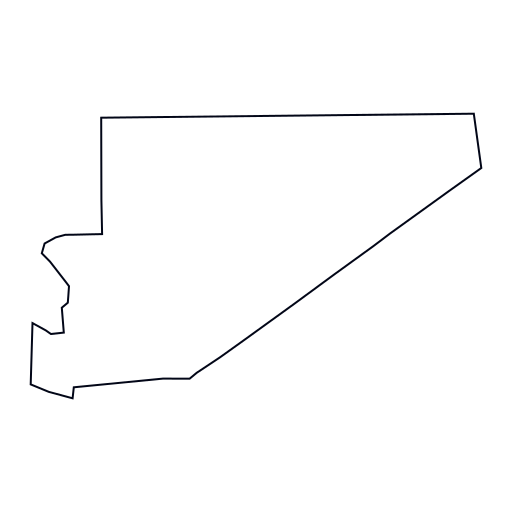 Zoueratt, Tiris Zemmour, Mauritania (orthographic projection)
{"feature_id": "47542326B94085620874331", "entity_name": "Zoueratt", "entity_type": "district", "adm_level": 2, "iso_a3": "MRT", "parent_name": "Mauritania", "parent_adm1": "Tiris Zemmour", "projection": "orthographic", "projection_center": [-11.264, 23.151], "detail": "fine", "context": "isolated", "style": "outline", "palette": "ink", "viewbox_px": 512, "rotation_deg": 0, "n_neighbors": 0, "source": "geoboundaries", "source_scale": "gbopen_adm2", "svg_char_len": 550}
<svg xmlns="http://www.w3.org/2000/svg" viewBox="0 0 512 512"><path d="M72.6,398.3L73.8,387.3L163.0,378.6L189.6,378.7L196.7,372.8L219.9,357.4L245.6,339.0L295.8,302.7L306.4,294.9L334.7,274.1L373.8,245.8L390.2,233.4L449.3,190.8L481.3,168.0L473.8,113.7L101.2,117.7L101.4,200.1L102.1,234.1L91.4,234.3L74.3,234.7L65.3,234.8L55.7,237.4L44.6,243.5L41.8,253.3L50.0,261.6L66.6,283.0L69.0,286.2L68.3,296.3L67.8,302.7L61.8,307.7L63.8,332.6L50.9,334.0L45.8,330.4L32.5,323.1L30.7,384.4L48.9,391.9L72.6,398.3Z" fill="none" stroke="#020617" stroke-width="2"/></svg>